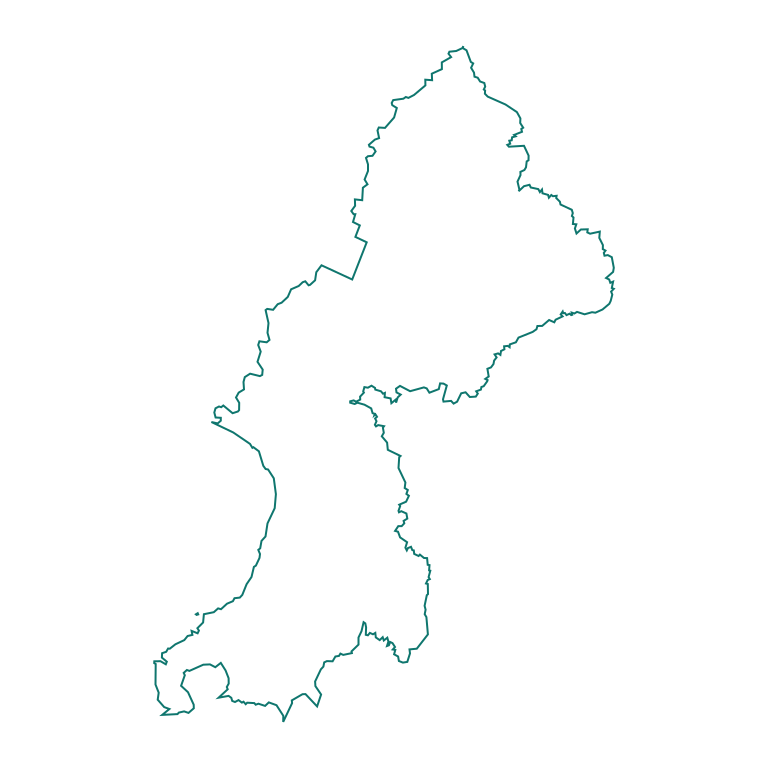 Puerto Vallarta, Jalisco, Mexico
{"feature_id": "50627088B20857302677335", "entity_name": "Puerto Vallarta", "entity_type": "district", "adm_level": 2, "iso_a3": "MEX", "parent_name": "Mexico", "parent_adm1": "Jalisco", "projection": "robinson", "projection_center": [-105.162, 20.698], "detail": "fine", "context": "isolated", "style": "outline", "palette": "teal", "viewbox_px": 768, "rotation_deg": 0, "n_neighbors": 0, "source": "geoboundaries", "source_scale": "gbopen_adm2", "svg_char_len": 6085}
<svg xmlns="http://www.w3.org/2000/svg" viewBox="0 0 768 768"><path d="M283.2,721.9L292.1,703.1L291.8,700.4L302.5,694.2L305.5,694.1L317.1,706.4L321.1,694.5L315.4,686.1L315.1,681.5L320.9,669.3L323.4,666.6L324.2,662.4L326.9,661.1L332.6,661.3L335.4,656.5L339.0,655.9L340.4,653.6L343.2,654.9L351.9,653.1L351.5,651.4L358.5,644.6L358.5,637.5L361.5,631.2L363.6,622.2L365.3,623.4L366.1,627.4L365.8,634.8L367.9,635.3L369.9,632.9L373.0,634.3L375.3,632.9L375.8,637.4L379.7,640.1L382.7,637.2L383.8,640.5L387.3,637.7L388.4,641.6L387.0,646.0L388.9,645.3L390.2,642.0L392.5,643.1L395.0,647.0L392.8,649.5L395.3,649.9L394.1,654.3L398.1,656.5L398.9,661.0L402.9,662.6L407.3,661.9L410.0,653.4L409.5,649.4L416.8,648.7L427.9,634.4L426.4,617.1L424.7,614.2L425.6,609.7L424.6,605.8L426.8,595.2L428.0,594.1L427.8,584.0L426.0,583.5L427.7,580.0L429.8,579.1L428.6,577.1L430.3,570.7L429.1,570.4L429.5,565.1L427.7,564.8L427.1,558.1L424.0,558.0L419.9,554.6L418.6,556.0L414.2,553.9L413.8,550.4L412.3,550.1L411.0,546.8L407.9,548.1L406.8,550.4L405.4,547.7L407.1,542.2L400.1,537.4L398.0,531.7L395.1,530.9L398.3,526.1L401.7,526.1L404.3,523.3L403.6,520.9L407.3,518.6L406.4,513.5L401.3,511.2L399.0,512.3L398.5,510.8L400.2,506.0L399.2,504.7L406.1,501.7L408.9,495.8L406.4,493.9L407.8,490.0L404.7,488.0L405.4,482.5L398.5,468.0L399.2,457.2L400.5,456.0L387.8,449.8L387.1,442.6L381.8,436.3L383.8,432.8L382.9,427.7L384.0,426.2L378.2,425.1L376.0,426.4L374.9,424.8L376.5,421.2L375.1,418.5L377.0,416.8L375.4,414.3L374.4,415.2L374.8,413.8L372.6,413.2L371.2,408.4L364.5,404.7L357.4,402.7L354.7,404.0L350.2,402.7L350.2,401.3L353.7,400.4L356.1,401.7L360.2,399.6L360.1,396.6L363.9,392.6L363.2,391.4L364.4,387.1L367.9,387.7L371.5,385.7L375.0,387.9L375.3,389.6L381.0,391.3L383.0,393.7L384.9,392.9L384.6,397.2L390.6,398.4L391.4,403.2L395.6,399.7L396.1,402.6L397.7,397.4L400.7,394.6L396.5,392.4L396.0,388.7L400.0,385.9L410.1,391.2L423.9,387.4L426.7,388.4L429.4,392.7L438.8,389.1L440.1,383.4L443.5,383.6L446.8,385.5L443.0,399.3L443.5,401.6L451.1,400.9L453.6,403.6L457.1,401.7L461.2,393.3L465.6,392.3L469.8,397.0L475.8,396.6L477.8,393.6L476.2,391.3L480.9,389.6L481.4,387.0L483.7,386.2L487.2,381.3L487.6,380.1L485.3,378.9L488.7,376.5L487.4,368.8L491.0,367.4L493.5,364.0L494.1,360.6L496.6,357.4L494.6,354.4L498.1,353.4L500.4,354.9L501.0,351.0L504.4,349.3L504.1,346.3L507.8,345.9L509.6,347.2L509.8,344.4L515.9,342.3L518.5,337.6L532.7,331.9L536.5,329.2L537.4,326.0L542.2,325.9L549.1,320.0L554.3,322.3L555.6,319.7L562.6,316.4L560.7,314.4L562.7,311.5L563.2,313.2L564.9,313.0L566.5,315.1L569.6,313.7L571.2,315.1L572.2,314.8L571.7,312.6L574.4,313.5L577.0,311.9L584.6,314.3L592.0,312.2L595.4,312.7L602.5,309.5L609.3,303.8L610.7,300.9L612.3,294.6L611.1,291.6L613.8,288.8L611.8,288.0L613.1,281.6L610.3,282.8L609.2,279.5L606.1,278.0L613.1,271.9L613.8,267.8L611.8,257.2L607.8,255.1L604.5,255.7L603.8,252.9L605.5,250.6L602.8,249.1L602.9,245.1L599.3,237.9L599.8,231.6L590.1,233.7L587.3,232.4L587.7,229.3L580.9,229.5L576.5,233.5L574.9,228.5L576.3,224.3L572.9,224.0L573.5,217.5L571.9,216.0L572.8,213.1L571.8,209.8L560.5,204.5L559.9,201.7L556.2,198.0L556.6,195.8L552.9,196.2L551.3,195.0L548.9,197.7L548.1,194.9L542.5,193.3L542.0,189.5L539.9,192.1L538.3,189.1L530.8,187.5L529.5,184.8L524.0,186.2L518.7,191.2L519.4,189.6L517.5,181.6L520.5,175.1L520.4,171.9L524.4,170.0L526.0,167.3L526.7,161.4L528.5,160.3L528.6,155.6L524.0,145.8L508.9,146.7L507.3,144.9L510.2,143.7L509.3,140.7L511.7,140.3L512.1,137.3L515.7,136.3L514.1,134.9L522.0,131.8L521.3,129.0L523.2,127.7L520.2,123.0L520.4,118.4L516.9,112.1L505.5,104.5L487.7,96.6L484.9,93.7L485.1,90.5L483.8,89.5L485.2,86.6L484.3,83.0L480.1,81.5L477.7,77.7L474.5,76.7L474.0,72.6L471.1,67.8L473.2,63.4L470.8,61.9L466.5,50.3L462.8,48.1L463.3,46.1L462.4,48.1L456.2,51.0L449.4,51.7L448.5,53.7L451.1,57.1L441.8,62.4L441.9,69.1L431.8,73.7L432.1,80.2L425.3,79.7L425.4,85.4L414.0,95.0L408.4,97.9L405.8,97.0L403.4,98.7L393.2,100.1L391.7,103.0L392.3,105.2L396.8,108.0L394.1,117.5L385.0,127.9L378.8,127.5L377.5,130.4L379.1,138.1L374.9,139.6L368.9,144.8L369.5,146.6L373.4,147.7L375.6,151.4L372.5,155.8L368.0,156.2L366.0,157.9L368.0,164.4L368.0,171.0L364.6,179.5L367.5,184.3L362.9,187.7L362.2,200.2L354.9,199.4L355.1,205.8L351.3,211.0L353.6,214.2L355.3,214.2L353.0,222.0L359.8,225.4L355.4,236.9L366.7,242.3L352.2,279.5L321.5,265.3L316.3,272.2L315.1,280.3L310.0,284.9L308.6,285.3L305.3,281.3L302.7,282.2L298.7,286.0L291.1,289.3L287.8,296.9L281.6,302.7L277.7,304.2L273.1,309.8L267.2,308.9L265.6,310.1L268.5,323.1L267.5,332.8L269.5,339.9L266.7,342.3L259.4,341.3L258.2,345.0L260.7,351.6L257.5,361.8L262.7,369.6L262.2,374.9L259.9,376.1L250.1,373.7L244.8,377.1L243.5,382.0L244.0,389.4L238.7,392.6L236.0,397.5L239.2,402.8L239.1,410.1L237.9,411.5L232.6,413.2L223.3,405.5L221.2,407.2L219.0,406.5L215.5,408.3L214.3,412.5L215.6,417.5L220.8,417.8L220.8,420.7L217.7,423.4L211.4,422.0L233.3,432.5L250.0,443.9L252.4,447.8L253.4,447.2L258.9,451.3L263.3,465.8L265.6,469.0L268.1,469.5L273.8,478.3L275.9,494.2L274.7,508.2L267.5,523.4L265.5,536.5L261.5,540.9L260.2,548.3L258.3,549.9L260.0,554.0L259.5,557.9L255.9,565.6L253.9,566.9L251.5,577.0L246.6,584.2L242.3,594.9L239.8,597.6L234.5,598.2L232.9,601.2L227.0,603.7L221.0,609.2L218.1,608.4L213.8,612.2L203.9,614.2L203.1,622.5L197.4,628.2L198.9,630.6L197.6,633.3L191.6,630.9L192.4,634.9L187.6,636.0L184.3,640.1L175.4,644.3L169.8,648.7L168.1,648.5L166.2,651.8L162.1,653.2L161.9,657.6L166.8,661.7L165.8,664.3L160.5,661.2L154.3,661.3L154.2,663.1L155.7,664.0L155.5,684.5L158.7,692.7L157.7,699.7L164.2,707.1L169.4,709.0L162.2,714.9L177.5,714.1L178.8,712.6L184.1,711.4L188.5,712.9L193.8,708.3L193.7,704.7L188.0,692.2L181.1,685.8L184.8,675.2L183.7,672.9L186.9,670.0L189.4,670.9L203.3,664.7L210.0,664.4L215.3,667.2L220.8,662.9L225.6,670.5L228.6,678.2L228.7,683.6L226.8,687.0L227.7,689.3L218.6,697.7L228.6,695.9L231.3,697.8L232.2,700.9L235.0,702.0L238.5,700.1L241.9,702.6L243.5,701.7L245.7,704.2L247.2,702.7L254.3,703.1L255.7,704.7L258.4,703.7L265.1,705.9L268.8,702.4L276.5,705.2L283.3,715.8L283.2,721.9ZM198.2,614.4L197.7,613.2L195.9,614.3L196.6,614.9L198.2,614.4Z" fill="none" stroke="#0f766e" stroke-width="2"/></svg>